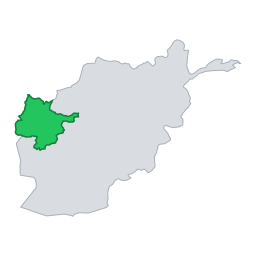 Hirat highlighted on a map of Afghanistan
{"feature_id": "AFG-1742", "entity_name": "Hirat", "entity_type": "Province", "adm_level": 1, "iso_a3": "AFG", "parent_name": "Afghanistan", "parent_adm1": "", "projection": "natural_earth1", "projection_center": [62.522, 34.206], "detail": "fine", "context": "in_parent", "style": "filled", "palette": "green", "viewbox_px": 256, "rotation_deg": 0, "n_neighbors": 0, "source": "natural_earth", "source_scale": "10m", "svg_char_len": 8347}
<svg xmlns="http://www.w3.org/2000/svg" viewBox="0 0 256 256"><path d="M109.2,61.4L114.7,60.9L118.5,61.6L120.5,63.5L122.5,64.0L124.3,63.1L125.5,62.9L126.0,63.5L126.9,63.8L128.4,63.7L129.2,64.2L129.4,65.4L130.5,66.8L132.5,68.6L134.2,69.1L136.5,67.7L137.2,67.8L137.6,67.4L137.8,66.4L139.1,65.4L141.6,64.5L143.0,63.7L143.5,63.1L144.3,62.9L145.3,63.1L145.9,62.8L146.4,61.9L147.3,61.6L148.0,61.8L151.5,65.0L152.9,66.0L153.5,65.8L155.2,64.0L155.4,62.4L154.8,60.3L155.1,58.6L156.2,57.3L158.3,56.5L161.3,56.2L163.2,56.4L163.9,57.1L164.8,57.5L166.0,57.5L167.1,56.8L168.0,55.2L168.0,53.2L167.1,50.9L167.3,50.1L168.8,49.0L170.4,47.2L171.9,45.0L173.3,42.2L175.2,40.5L177.4,39.8L180.1,40.6L183.3,42.7L184.6,45.4L183.9,48.5L183.9,50.3L184.5,50.6L188.1,50.0L188.6,50.4L188.6,51.3L188.1,52.6L187.6,56.4L186.7,65.6L188.4,71.1L189.5,73.3L190.6,74.0L191.7,74.2L192.7,74.0L194.9,72.6L198.1,70.0L201.3,68.4L205.9,67.5L207.4,64.7L209.5,62.9L214.3,60.1L216.9,59.1L218.5,58.9L222.2,59.9L222.5,60.8L222.2,61.7L221.2,62.4L220.9,63.0L221.3,63.4L222.8,63.6L229.3,61.7L230.6,60.0L232.0,59.9L234.8,60.7L236.9,60.4L238.0,61.1L240.6,63.6L239.8,63.7L238.7,63.2L238.0,62.4L235.4,63.5L232.6,65.0L232.7,65.4L235.3,67.6L230.0,70.1L227.6,71.5L227.0,71.5L223.4,70.2L213.2,70.6L205.5,71.4L202.5,72.6L199.7,73.2L198.3,73.9L197.4,75.2L193.2,78.1L192.4,79.1L190.0,79.0L187.6,81.8L184.1,85.1L183.4,86.7L184.0,87.5L185.9,88.7L186.8,89.8L188.3,93.0L188.9,95.3L189.8,96.3L190.3,99.0L189.5,100.6L189.5,101.3L190.7,103.4L190.4,104.0L189.6,105.0L188.2,107.6L185.7,109.5L184.7,111.2L183.0,113.1L182.3,114.7L181.5,115.6L180.7,116.1L181.0,116.9L181.7,118.0L182.9,119.2L182.9,124.1L182.3,125.4L179.1,126.8L176.1,127.3L172.3,127.4L170.9,127.2L165.6,125.4L164.0,126.3L163.7,128.4L166.7,131.9L168.0,133.8L169.4,137.0L170.5,138.7L170.2,140.2L164.8,143.7L161.4,144.0L159.3,144.6L158.2,145.5L157.5,149.1L156.8,150.5L156.8,152.0L156.1,153.8L155.1,155.0L154.3,156.9L155.1,166.6L152.0,170.4L150.3,171.8L148.7,172.5L147.3,172.2L145.5,170.0L144.3,169.2L143.1,169.4L141.8,170.1L139.9,169.9L138.2,169.1L137.3,169.2L136.9,170.0L135.1,171.6L130.7,174.1L128.9,174.3L128.1,175.0L128.5,176.0L129.3,176.8L130.6,177.4L130.7,178.1L128.5,179.4L126.2,180.3L123.6,180.6L120.8,180.1L119.4,179.0L117.8,178.9L116.3,179.7L114.7,181.0L112.6,184.4L109.4,186.5L108.7,188.7L107.7,192.5L108.1,198.1L107.7,200.5L107.1,202.2L107.2,203.5L108.3,204.9L107.9,205.9L107.0,206.9L106.1,207.5L88.8,212.9L86.0,213.0L84.5,212.8L79.6,212.8L77.6,213.2L75.5,213.9L74.0,214.8L72.9,216.2L70.8,215.4L64.3,214.1L46.8,215.9L45.2,215.5L20.7,207.1L35.8,188.1L36.2,186.5L36.3,183.4L35.3,179.3L33.8,177.4L20.5,175.2L20.0,172.0L20.2,170.5L20.0,167.7L20.0,165.6L20.6,162.1L20.7,160.5L16.5,144.7L16.5,143.2L19.0,139.6L22.2,136.0L22.0,135.4L20.4,135.0L18.0,135.0L16.7,134.4L15.7,133.4L15.4,132.0L16.0,129.5L15.4,124.6L17.9,120.4L21.8,120.2L19.8,117.1L19.4,116.8L19.2,116.3L19.5,115.8L20.4,115.6L22.8,113.7L22.9,112.6L24.9,109.7L24.7,108.5L26.0,105.1L25.3,102.9L25.2,101.6L26.6,100.9L27.5,97.7L28.0,97.0L28.1,96.2L27.8,94.9L29.1,94.7L30.3,96.3L32.2,98.0L33.4,98.5L35.0,98.8L38.4,98.2L39.1,98.3L42.7,101.3L43.3,102.1L43.6,103.3L44.2,103.6L45.4,102.4L46.6,102.1L49.0,102.4L50.2,102.0L56.0,98.3L56.4,95.9L56.9,94.5L57.7,93.8L56.8,91.0L57.1,90.5L57.9,90.3L59.8,90.3L68.6,87.3L70.9,87.3L71.4,87.0L71.5,86.2L72.2,85.3L76.3,83.1L78.7,80.9L79.6,79.2L83.4,65.5L85.5,64.3L87.6,63.5L94.9,63.2L96.2,59.0L96.8,58.0L98.1,57.0L103.5,60.0L109.2,61.4Z" fill="#d9dde1" stroke="#a8b0b8" stroke-width="1"/><path d="M48.9,102.7L49.1,102.6L50.3,102.1L50.5,102.0L50.7,101.8L50.9,101.5L51.3,101.1L52.3,100.6L51.7,102.5L50.4,104.8L50.2,105.1L49.9,106.1L49.8,106.8L49.6,109.0L49.7,109.4L49.8,109.9L49.9,110.0L50.6,110.3L51.1,110.3L51.3,110.4L51.8,111.0L52.3,111.3L52.5,111.5L53.0,111.6L53.5,112.0L54.0,112.3L54.6,112.3L54.9,112.2L55.0,112.3L55.3,112.7L55.5,113.0L55.6,113.8L55.9,113.8L56.8,114.0L57.8,114.5L58.1,114.5L58.6,114.0L58.8,113.9L60.8,114.0L61.9,114.5L62.5,114.8L62.7,115.0L62.8,115.1L63.5,115.5L63.8,115.6L64.7,115.7L64.9,115.7L65.1,115.7L65.4,115.5L66.6,115.9L67.0,116.2L67.4,116.4L67.5,116.5L67.8,116.5L71.1,115.5L72.1,114.6L72.3,114.5L72.6,114.5L72.8,114.4L73.0,113.9L73.2,113.6L73.6,113.4L74.0,113.2L75.7,113.2L76.1,113.3L76.5,113.4L76.6,113.5L78.4,113.3L78.1,115.0L78.1,115.5L78.2,115.8L78.4,116.4L78.5,116.7L78.5,116.8L78.4,116.9L78.1,116.9L77.8,116.9L77.7,116.8L77.6,116.6L77.4,116.3L76.8,116.6L76.5,116.7L76.2,116.7L76.0,116.8L75.9,116.9L75.8,117.0L75.6,117.1L75.4,117.2L75.2,117.2L74.9,117.1L74.5,117.1L74.3,117.1L74.1,117.2L74.0,117.3L73.9,117.3L73.9,117.6L73.9,117.8L74.0,118.3L73.9,118.8L74.0,119.3L73.9,119.8L74.1,120.3L74.2,120.6L74.2,120.8L74.1,121.1L74.0,121.3L73.9,121.3L73.7,121.4L73.3,121.5L73.0,121.8L72.8,122.0L72.6,122.0L72.3,122.0L72.0,122.1L71.9,122.0L71.0,121.6L70.9,121.8L70.7,122.0L68.5,122.1L68.3,122.0L68.0,121.8L67.8,121.6L67.5,121.4L67.1,121.2L66.8,121.2L65.5,121.1L62.9,121.2L62.6,122.3L62.2,123.1L61.3,124.5L61.2,124.8L61.2,125.0L61.9,126.1L62.0,126.3L62.1,126.7L62.2,126.9L62.8,127.4L63.1,127.8L63.3,128.1L63.4,128.4L63.6,129.2L63.7,129.3L64.2,129.8L64.3,130.1L64.3,130.4L64.1,130.5L63.8,130.7L63.3,130.7L63.2,130.8L63.0,131.1L63.3,131.9L63.3,132.2L63.0,132.8L62.7,133.0L62.2,133.2L60.7,133.3L58.9,133.8L58.7,133.9L58.6,134.1L58.3,134.3L58.1,134.4L57.8,134.5L57.2,134.8L56.5,135.3L56.3,135.5L56.3,135.8L56.5,136.1L56.6,136.3L56.6,136.5L56.6,136.9L56.7,137.1L57.0,137.6L57.1,137.9L57.2,138.2L57.2,138.6L57.3,139.3L57.4,139.6L57.1,139.9L56.7,140.0L56.5,140.4L56.3,140.8L56.0,141.5L55.9,141.9L55.9,142.1L55.8,142.4L55.4,142.9L54.0,143.4L53.9,143.4L53.8,143.2L53.8,142.9L53.4,143.0L52.1,143.5L51.9,143.5L51.7,143.6L51.0,143.5L50.9,143.6L50.8,143.8L50.7,144.2L50.6,144.3L50.4,144.4L50.2,144.6L49.5,144.8L48.7,145.0L48.4,144.9L47.9,144.7L47.6,144.7L47.4,144.7L46.7,145.1L46.2,145.4L45.8,145.8L45.6,145.9L45.5,146.0L45.4,146.2L45.3,146.5L45.3,146.9L45.3,147.1L45.3,147.3L44.8,148.4L44.8,148.5L44.9,148.9L44.7,148.9L44.4,148.9L44.0,148.9L43.4,149.0L42.1,149.1L41.7,149.2L41.4,149.4L40.8,149.9L40.5,150.1L40.2,150.1L39.9,150.1L39.7,149.9L39.6,149.7L39.5,149.4L39.5,149.0L39.4,148.7L39.3,148.0L39.2,147.9L38.7,148.0L37.9,148.6L37.3,149.3L37.1,149.4L36.8,149.4L36.6,149.2L36.0,148.6L35.9,148.3L35.8,148.2L35.7,148.1L34.5,148.0L34.4,148.0L34.2,147.9L34.0,147.6L34.0,147.3L34.0,146.6L34.1,145.9L34.2,145.6L34.3,145.4L34.8,145.1L35.0,144.7L35.3,144.5L35.8,143.9L36.1,143.5L36.7,143.0L36.8,142.8L36.8,142.6L36.1,141.4L35.5,140.7L35.4,140.6L35.4,140.4L35.5,140.3L35.7,140.1L35.8,139.9L36.1,139.6L36.4,139.3L36.5,139.2L36.6,138.9L36.6,137.9L36.7,137.7L36.9,137.5L37.0,137.4L37.0,137.2L37.1,136.9L37.0,136.7L36.9,136.6L35.8,136.3L34.6,136.3L34.2,136.3L33.9,136.3L33.7,136.0L32.9,135.9L32.2,135.8L31.8,135.9L31.7,136.0L31.4,136.5L31.2,136.6L31.1,136.8L30.6,136.9L30.4,136.9L30.2,136.9L29.9,136.8L29.7,136.7L29.4,136.7L27.1,137.0L26.1,136.9L24.0,136.4L23.1,136.0L22.2,135.9L22.1,135.6L21.8,135.3L21.6,135.2L21.0,135.0L20.4,135.0L19.3,135.1L18.0,135.0L16.8,134.4L15.8,133.4L15.4,132.0L15.5,131.4L16.0,130.2L16.0,129.5L15.6,126.5L15.4,124.6L15.5,123.7L16.0,122.8L16.5,122.1L17.0,121.5L17.8,121.1L18.0,120.8L17.9,120.4L21.8,120.2L21.6,119.8L20.5,118.3L20.2,117.8L20.1,117.5L19.9,117.4L19.5,117.2L19.4,117.0L19.2,116.6L19.0,116.4L18.8,116.3L19.1,115.9L19.5,115.7L20.3,115.6L20.7,115.5L21.0,115.3L21.7,114.5L21.8,114.3L21.9,114.2L22.1,114.0L22.4,114.0L22.6,114.0L22.9,113.8L23.0,113.3L22.9,112.8L22.9,112.3L23.2,112.0L23.7,111.6L24.0,111.0L24.1,110.7L24.6,110.5L24.7,109.9L24.8,109.2L24.7,108.5L24.8,108.2L25.0,107.9L25.0,107.7L25.1,107.3L25.3,106.6L25.4,105.8L25.5,105.5L25.9,105.0L25.8,104.8L25.7,104.6L25.8,104.2L25.2,103.4L25.1,103.2L25.4,103.0L25.4,102.8L25.3,102.6L25.2,102.6L25.2,101.9L25.3,101.5L25.6,101.3L25.9,101.3L26.3,101.3L26.6,101.1L26.7,100.8L26.6,99.8L26.7,99.4L26.8,99.1L27.1,98.7L27.4,97.9L27.5,97.5L27.9,97.1L28.1,96.7L28.2,96.3L28.2,95.9L28.0,95.1L27.9,94.9L28.1,94.8L28.9,94.7L29.1,94.7L29.3,94.9L29.2,95.1L29.4,95.3L29.7,95.5L29.6,95.8L29.8,96.2L30.0,96.2L30.1,96.3L30.4,96.4L31.4,97.3L32.1,98.1L33.1,98.6L35.3,98.9L36.2,98.8L38.1,98.2L39.0,98.2L39.5,98.4L39.9,98.7L41.5,100.3L41.9,100.6L42.8,101.0L43.0,101.2L43.2,101.5L43.3,101.9L43.3,102.2L43.3,103.0L43.4,103.3L43.7,104.0L43.9,104.2L44.1,104.1L45.6,102.0L46.1,101.5L46.6,101.5L47.6,102.4L47.8,102.5L48.3,102.5L48.7,102.7L48.9,102.7Z" fill="#22c55e" stroke="#15803d" stroke-width="1.5"/></svg>